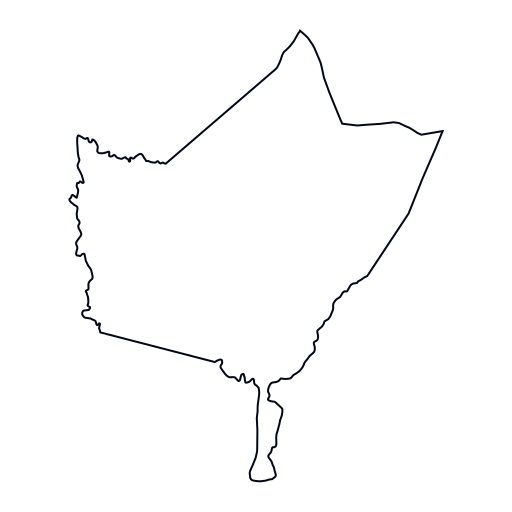 Santiago de Puringla, La Paz, Honduras
{"feature_id": "27666195B8735504948943", "entity_name": "Santiago de Puringla", "entity_type": "district", "adm_level": 2, "iso_a3": "HND", "parent_name": "Honduras", "parent_adm1": "La Paz", "projection": "equal_earth", "projection_center": [-87.91, 14.348], "detail": "fine", "context": "isolated", "style": "outline", "palette": "ink", "viewbox_px": 512, "rotation_deg": 0, "n_neighbors": 0, "source": "geoboundaries", "source_scale": "gbopen_adm2", "svg_char_len": 5921}
<svg xmlns="http://www.w3.org/2000/svg" viewBox="0 0 512 512"><path d="M300.0,30.7L299.6,31.6L298.1,33.6L293.9,41.1L291.7,44.0L289.9,46.3L287.1,49.1L283.7,52.2L282.3,54.9L280.8,59.4L279.8,62.0L278.2,65.5L277.0,67.6L275.8,69.0L165.7,163.7L164.2,163.3L163.4,162.7L163.0,162.6L162.3,162.7L160.9,163.4L160.4,163.4L159.4,162.9L158.2,161.5L157.7,161.2L156.9,161.5L155.7,162.5L154.4,162.6L151.1,162.2L148.6,161.1L146.2,161.0L145.1,159.1L143.9,157.6L143.5,156.6L142.4,155.0L141.6,154.2L140.8,153.9L139.7,154.0L138.6,154.5L135.0,157.1L134.4,158.0L133.6,158.5L132.8,158.6L131.1,157.7L130.4,157.7L130.1,158.2L130.1,161.0L129.9,161.4L129.5,161.6L128.9,161.3L128.4,159.8L128.1,159.3L127.6,158.9L126.4,158.5L126.1,158.1L125.8,157.5L125.4,157.2L124.6,157.4L122.3,158.6L121.1,158.8L119.0,158.3L117.2,157.7L116.7,157.3L115.1,155.5L114.4,155.0L113.6,155.1L112.4,156.1L111.9,156.3L110.7,156.5L109.6,156.2L109.1,155.8L109.3,152.9L109.2,152.1L108.9,151.8L108.2,151.8L105.5,152.6L103.1,153.2L101.1,153.3L99.2,153.1L98.0,152.5L97.6,151.9L97.3,151.4L97.3,150.2L97.8,147.3L97.7,146.5L97.4,145.4L95.7,142.2L94.1,140.2L93.2,139.7L92.4,139.6L92.1,140.1L91.6,141.9L90.8,142.3L89.8,142.3L89.2,141.9L88.8,141.3L88.0,138.6L87.6,138.0L87.1,138.0L85.5,138.9L85.2,138.9L83.5,138.3L82.2,137.3L79.7,135.9L78.7,135.5L78.0,135.7L77.8,135.9L77.6,136.4L77.2,138.7L77.2,143.4L77.6,148.7L77.7,151.2L78.0,153.9L78.5,156.9L79.2,158.9L79.4,160.0L79.1,161.2L77.7,164.6L77.6,165.3L77.6,166.1L78.2,168.2L79.7,170.9L81.8,175.3L83.6,181.7L83.7,182.2L83.3,182.8L82.6,182.9L81.7,182.5L80.7,181.6L80.1,181.4L79.8,181.6L78.7,183.0L77.6,183.0L77.1,183.3L76.7,185.2L76.7,186.3L76.9,187.1L78.0,189.3L78.2,190.8L77.8,193.3L76.8,197.6L76.6,197.7L76.2,197.6L74.2,195.9L73.0,195.1L72.4,195.0L71.6,195.6L71.4,196.7L70.9,197.7L70.3,198.4L69.6,198.9L69.4,199.5L69.5,200.1L69.9,201.0L71.6,202.8L72.5,203.4L73.9,204.7L76.7,206.3L77.4,207.2L77.5,208.6L76.7,214.0L77.0,217.0L77.2,218.3L77.5,219.0L78.8,220.6L79.4,221.6L79.5,222.5L79.5,223.1L79.2,223.9L78.3,225.6L78.3,226.8L78.7,228.3L80.6,231.8L81.3,234.1L81.2,234.9L80.9,235.5L77.1,240.8L76.2,242.4L76.1,243.3L76.2,244.3L76.5,245.2L77.1,246.4L77.3,247.8L77.2,248.8L76.1,253.2L76.2,254.3L76.6,255.2L77.1,255.5L78.5,255.6L80.1,256.0L80.8,255.6L82.3,254.0L83.7,253.7L84.1,253.8L84.4,254.1L84.7,254.8L84.8,255.8L85.4,258.2L85.6,260.0L85.9,261.0L88.1,265.5L90.4,268.7L91.1,270.0L91.8,272.7L92.5,275.9L92.6,277.6L92.2,278.8L89.7,281.1L89.1,282.1L88.6,283.1L88.4,284.8L88.5,288.2L88.4,289.3L87.9,289.7L86.2,290.6L85.8,291.2L85.9,291.7L86.8,293.1L86.8,293.7L87.9,296.8L88.2,298.7L88.3,300.7L88.3,302.6L88.1,303.8L87.6,305.0L87.6,305.5L87.8,305.8L88.5,306.3L89.9,307.0L90.0,307.4L90.0,307.9L89.5,309.0L88.7,309.9L87.6,310.1L84.1,310.5L83.3,310.9L82.8,311.3L82.3,312.6L82.2,314.2L82.7,315.4L83.8,316.8L84.7,317.5L85.6,317.8L88.4,318.1L89.2,318.4L90.4,318.4L91.6,319.1L95.0,320.6L95.6,321.3L96.4,324.1L96.9,324.9L97.4,325.0L97.9,324.8L99.1,323.4L99.4,323.4L99.7,323.5L99.9,323.9L99.9,324.5L99.2,327.5L99.1,328.5L99.9,330.4L100.3,332.4L214.3,361.9L214.9,362.0L217.0,360.7L219.2,359.8L220.2,359.6L220.9,359.6L221.5,359.9L221.9,360.4L222.1,361.2L222.2,362.1L222.1,363.0L221.9,363.8L220.9,365.2L220.6,366.1L220.5,366.9L220.7,367.7L222.4,370.3L225.4,374.3L226.7,375.6L228.4,376.8L229.8,377.3L233.5,377.1L234.6,377.3L235.5,377.9L238.1,380.8L238.4,381.0L238.8,381.0L239.5,380.6L240.0,380.0L241.0,375.8L241.2,375.2L242.3,374.1L242.8,373.9L243.2,373.9L243.6,374.2L243.9,374.8L244.2,376.4L244.7,377.5L244.9,380.0L245.3,382.1L245.6,382.5L246.1,382.7L247.2,382.5L249.0,381.9L250.2,381.0L251.5,379.5L252.5,378.8L253.1,378.8L253.6,379.1L253.9,380.2L254.3,383.3L254.6,383.9L255.1,384.6L256.3,385.4L258.5,387.6L259.1,390.5L259.2,392.8L259.1,395.0L257.8,404.6L257.6,407.9L257.6,411.4L256.8,417.9L257.4,430.2L257.2,447.9L257.1,451.3L256.5,454.2L255.5,458.2L252.5,465.6L250.2,470.7L249.7,472.9L250.1,477.5L250.8,479.1L252.0,480.1L253.4,480.6L257.8,481.2L260.5,481.3L265.8,480.6L268.9,479.6L272.2,479.1L274.9,477.0L275.5,476.3L275.8,475.6L275.6,473.9L274.6,470.6L273.8,467.1L272.9,465.6L272.1,463.1L271.4,461.2L268.8,457.7L268.4,456.7L268.3,455.9L268.7,455.0L270.6,452.7L271.0,452.1L271.5,450.7L272.0,448.1L272.3,447.6L272.8,447.2L273.8,447.3L275.1,446.8L275.6,446.4L276.1,445.4L276.3,444.4L276.4,443.2L276.2,437.5L276.4,435.0L276.8,433.2L277.7,430.4L279.4,424.0L280.0,420.6L281.8,415.4L282.3,412.4L282.4,409.7L282.3,408.9L281.8,408.2L275.4,402.2L274.3,401.7L270.9,401.2L269.7,400.8L268.6,400.3L268.1,399.7L268.0,399.3L268.2,398.7L268.6,397.7L269.3,396.6L269.5,395.4L269.3,394.3L268.1,391.8L268.1,389.8L268.6,387.6L269.6,385.3L270.6,383.8L271.6,382.9L272.7,382.5L275.7,382.1L278.1,381.3L278.8,380.8L280.0,379.4L280.9,378.5L285.5,379.0L288.9,378.7L290.3,378.3L291.5,377.4L292.8,375.7L293.8,374.8L296.7,373.1L298.8,371.6L300.3,370.1L301.7,368.4L302.7,366.9L303.7,364.9L304.3,363.1L305.3,361.6L308.1,358.2L309.5,356.1L313.5,352.6L314.2,351.7L314.7,350.1L314.8,348.5L314.8,347.3L313.9,343.9L313.8,343.2L313.9,342.6L314.1,342.1L314.5,341.7L316.1,340.9L317.3,340.0L317.7,339.2L318.0,338.0L318.1,336.8L318.0,335.5L317.3,332.1L317.3,331.3L317.4,330.7L317.9,330.0L322.0,326.5L323.7,323.9L324.1,322.3L324.6,321.3L328.3,319.1L329.2,317.9L330.1,316.6L330.6,315.7L331.2,313.9L332.3,311.5L332.9,309.9L333.2,308.1L333.1,305.4L333.3,304.1L333.6,303.1L334.6,301.5L335.6,300.2L336.9,299.0L338.6,298.0L340.1,296.9L341.2,295.3L342.4,293.1L343.5,292.0L344.5,291.3L346.4,291.5L347.1,291.2L347.6,290.5L349.6,286.8L350.6,285.3L351.5,284.4L352.2,284.0L353.2,283.6L356.8,283.0L357.5,282.4L357.9,281.6L358.3,281.3L360.7,280.0L364.5,277.3L367.2,276.1L408.6,213.5L422.7,178.1L435.9,147.7L442.6,131.1L421.3,134.7L417.2,132.8L412.7,129.8L409.0,127.6L405.4,126.1L398.9,123.0L393.6,122.3L379.8,123.9L367.0,124.7L357.2,125.5L342.2,123.7L338.8,115.7L329.7,93.4L324.0,77.8L321.5,66.2L320.4,62.2L314.7,48.7L312.6,44.7L307.7,37.6L304.2,34.3L300.0,30.7Z" fill="none" stroke="#020617" stroke-width="2"/></svg>